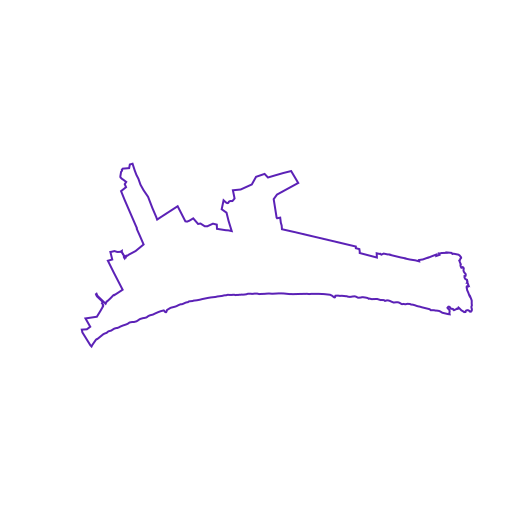 outline of Saulkrasti, Saulkrastu, Latvia, rotated 248°
{"feature_id": "27541924B54567786635158", "entity_name": "Saulkrasti", "entity_type": "district", "adm_level": 2, "iso_a3": "LVA", "parent_name": "Latvia", "parent_adm1": "Saulkrastu", "projection": "robinson", "projection_center": [24.41, 57.259], "detail": "fine", "context": "isolated", "style": "outline", "palette": "violet", "viewbox_px": 512, "rotation_deg": 248, "n_neighbors": 0, "source": "geoboundaries", "source_scale": "gbopen_adm2", "svg_char_len": 6068}
<svg xmlns="http://www.w3.org/2000/svg" viewBox="0 0 512 512"><g transform="rotate(248 256 256)"><path d="M233.7,69.6L234.9,71.0L238.3,76.2L238.6,77.1L238.4,77.6L239.2,80.3L240.7,85.2L240.8,86.8L240.7,88.7L241.3,90.4L241.4,91.2L241.1,93.8L241.7,97.0L241.7,98.1L241.5,99.6L241.2,100.4L241.2,102.4L241.4,103.7L241.4,106.7L241.2,109.5L241.2,111.2L241.3,112.2L241.6,113.1L241.7,114.0L241.2,116.4L240.5,118.2L240.2,120.7L240.4,122.0L240.8,123.7L241.0,125.0L240.7,128.1L240.4,129.1L240.2,130.5L240.1,131.3L240.2,132.1L240.5,132.9L240.7,134.5L240.7,135.8L240.3,138.4L240.5,141.1L240.6,144.6L240.5,147.2L240.1,150.1L239.5,150.4L238.9,150.5L238.5,150.6L237.8,151.1L237.7,151.4L237.6,151.6L237.7,151.8L238.0,152.2L238.8,152.8L239.3,153.4L239.9,157.0L239.9,158.0L239.5,160.8L239.3,162.5L239.3,163.7L239.5,165.9L239.5,167.9L239.1,169.0L239.0,169.7L239.0,170.9L239.1,172.4L239.1,173.6L239.0,174.4L238.7,175.5L238.8,176.0L239.0,176.7L238.8,177.7L238.0,180.4L238.0,181.4L237.1,184.6L236.5,187.6L236.2,190.0L235.1,195.9L234.5,198.6L233.2,203.1L232.9,205.2L232.5,206.6L231.7,209.6L231.4,211.9L230.8,213.5L230.6,215.3L229.7,217.1L228.9,219.1L228.7,220.1L228.1,221.5L227.5,222.2L227.3,222.8L227.1,223.7L226.6,224.8L226.2,226.4L225.8,227.3L225.6,228.3L225.1,229.2L224.8,230.2L224.5,231.2L224.3,232.0L224.1,232.8L224.1,233.7L224.0,234.4L223.0,237.0L222.4,238.0L222.1,238.8L221.7,240.5L220.7,243.0L219.5,244.7L219.0,246.2L217.7,249.8L217.0,252.1L216.3,254.1L214.9,256.9L212.7,263.4L211.0,267.4L208.2,272.7L206.6,276.5L204.4,282.4L201.8,289.2L200.8,291.0L200.2,293.0L197.7,299.3L195.2,304.8L192.3,310.2L190.6,311.7L188.6,312.8L188.2,313.3L188.1,313.5L188.2,313.8L188.4,314.0L189.1,314.4L189.4,314.7L189.3,315.2L188.5,317.3L187.6,318.8L187.0,320.6L185.7,323.1L185.3,323.7L185.1,324.3L184.6,325.2L184.0,325.8L183.1,327.3L182.6,328.7L182.3,330.3L181.7,332.3L180.9,333.4L179.2,334.9L178.8,335.7L178.2,337.8L178.1,338.8L177.7,339.8L176.3,342.2L175.2,343.8L174.1,344.5L174.0,345.3L173.3,346.2L172.6,347.2L172.3,348.1L170.8,352.2L168.5,355.0L168.0,356.3L167.3,357.8L166.7,358.5L166.1,358.7L166.0,358.9L165.8,360.9L165.1,362.2L164.1,363.4L162.8,364.6L161.3,366.2L161.0,367.1L160.6,368.7L159.9,370.3L159.0,371.4L157.7,372.4L156.9,373.0L156.7,373.3L156.5,373.8L156.4,374.6L155.3,376.4L154.9,378.6L153.8,380.8L152.9,381.6L152.1,383.2L150.7,385.0L149.4,386.4L148.5,387.6L147.7,388.9L146.3,390.6L141.6,397.1L140.3,397.7L139.0,400.8L138.1,402.1L137.7,403.1L136.5,405.1L135.5,406.1L133.6,407.5L130.2,412.3L129.4,413.7L130.6,413.9L132.3,414.9L133.9,415.0L135.4,414.3L136.2,414.1L136.9,415.3L136.8,415.9L136.3,416.3L135.7,416.7L134.4,416.9L133.9,417.2L133.7,417.7L133.5,418.2L133.0,418.8L132.7,418.9L132.1,418.9L131.6,419.2L131.7,421.8L131.9,422.4L131.5,422.8L131.4,423.5L132.0,423.9L132.4,424.4L131.0,425.1L128.6,426.1L127.4,427.1L126.0,428.0L125.6,429.2L126.3,429.7L126.7,430.5L126.6,431.6L126.3,432.3L125.4,433.1L124.3,433.5L123.9,434.3L124.3,434.7L124.4,435.4L125.2,436.0L126.1,436.3L127.3,436.4L128.2,436.7L128.5,436.9L129.4,437.7L130.9,438.1L133.8,439.3L135.4,439.4L136.9,439.4L138.2,439.4L138.6,439.4L138.5,439.1L139.5,439.0L142.6,439.1L145.4,439.0L146.4,439.3L147.6,439.4L148.7,439.9L148.9,440.4L148.2,441.1L148.4,441.6L149.0,441.9L148.9,442.0L151.9,442.1L152.1,441.6L152.7,442.3L153.1,442.5L154.1,442.6L154.1,442.4L155.0,442.6L155.6,442.0L156.2,441.5L157.3,441.3L158.1,441.3L159.3,441.8L159.1,442.4L159.1,442.9L159.2,443.0L160.5,443.6L160.8,443.6L161.9,443.2L163.6,442.8L164.2,442.9L165.0,443.0L166.5,443.9L166.8,444.0L167.6,443.9L168.3,443.5L168.3,443.3L168.0,442.9L168.0,442.6L168.0,442.3L168.2,442.0L168.4,441.9L169.2,442.0L169.6,441.9L170.4,442.0L170.8,442.1L171.6,442.5L171.7,442.8L173.0,442.7L175.7,442.8L175.9,443.6L176.6,444.2L177.1,444.7L177.2,445.2L177.4,445.5L177.7,445.6L178.2,445.6L180.2,445.0L181.4,444.2L184.1,440.1L184.3,438.9L184.6,438.8L185.6,438.5L187.5,434.9L187.8,434.3L187.4,434.3L189.3,429.0L189.4,427.5L189.8,426.7L188.3,426.6L188.5,423.2L189.8,423.9L189.9,419.9L189.9,415.0L190.1,415.0L190.3,409.3L190.6,408.2L191.2,405.6L189.9,405.3L192.3,402.1L195.0,397.5L197.7,393.5L197.9,393.6L200.4,389.7L206.7,380.9L206.9,381.0L207.6,380.0L208.1,378.7L210.4,375.3L210.3,372.7L211.5,372.1L211.7,371.2L213.3,368.9L209.3,367.5L219.9,353.3L221.5,353.9L223.7,354.4L225.8,351.5L227.4,352.1L263.9,300.5L271.1,290.1L274.6,291.2L277.6,291.5L282.5,292.8L283.1,289.7L283.9,289.5L302.1,293.7L305.1,298.5L307.9,322.5L321.6,320.4L322.7,312.5L323.6,303.9L324.3,296.5L328.9,294.7L329.4,285.7L323.9,278.9L323.4,266.7L325.6,259.2L317.4,257.7L317.2,257.4L315.9,255.0L315.8,254.7L315.9,254.3L316.5,253.1L316.6,252.2L316.5,251.2L315.7,250.3L315.6,250.0L315.7,249.4L316.0,248.9L316.9,248.2L319.8,246.8L312.2,241.7L307.2,244.9L298.8,243.7L288.2,242.8L290.1,240.0L291.3,237.5L295.8,230.0L299.8,231.4L302.1,228.2L301.8,221.9L302.8,219.6L306.9,216.7L307.4,214.3L314.4,211.9L313.7,207.5L313.7,205.0L314.6,203.5L331.5,202.0L327.8,182.8L326.8,178.0L329.5,178.1L339.4,177.9L351.3,178.1L359.1,176.4L365.4,175.6L371.8,175.9L376.0,175.5L380.8,175.6L387.8,176.1L388.1,173.3L385.0,171.3L386.9,165.2L386.3,164.0L386.0,164.0L385.5,163.9L385.1,163.4L384.5,162.4L380.9,160.2L380.3,159.9L379.6,159.8L377.6,160.7L376.5,161.5L373.3,163.4L371.8,161.2L368.5,161.3L366.7,155.2L357.5,155.2L329.1,155.9L326.4,156.0L325.9,155.6L317.7,155.9L308.8,156.1L305.7,146.2L304.9,138.6L304.5,137.0L304.4,136.0L304.6,135.9L303.7,134.9L304.3,134.7L303.0,133.3L303.4,133.2L304.7,133.1L305.5,133.6L305.6,133.8L305.9,133.9L307.3,133.2L308.1,133.5L309.1,133.0L309.6,133.2L309.8,133.1L310.1,132.7L310.4,133.2L311.0,133.5L310.7,131.7L311.7,128.9L313.6,126.6L314.0,123.8L314.3,122.5L306.6,121.4L307.1,116.9L294.2,117.9L274.7,119.7L273.5,113.7L272.8,110.1L273.1,110.0L273.1,109.3L272.9,108.7L271.7,106.1L270.9,104.2L269.7,101.0L269.8,100.5L268.1,98.7L278.4,94.1L279.4,94.0L280.7,94.0L280.5,93.3L279.2,93.3L278.0,93.5L272.7,95.9L270.5,96.7L269.9,95.5L267.7,96.0L267.1,95.2L266.6,95.3L263.3,91.1L259.3,85.7L262.0,74.5L252.5,75.8L251.4,71.7L253.0,66.9L250.2,66.4L243.9,67.5L235.2,69.0L233.7,69.6Z" fill="none" stroke="#5b21b6" stroke-width="2"/></g></svg>